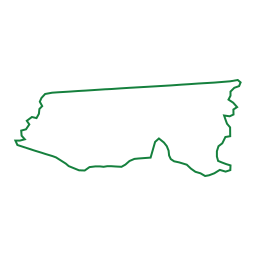 outline of Guarujá do Sul, Santa Catarina, Brazil
{"feature_id": "56859067B52966542395998", "entity_name": "Guarujá do Sul", "entity_type": "district", "adm_level": 2, "iso_a3": "BRA", "parent_name": "Brazil", "parent_adm1": "Santa Catarina", "projection": "robinson", "projection_center": [-53.479, -26.4], "detail": "fine", "context": "isolated", "style": "outline", "palette": "green", "viewbox_px": 256, "rotation_deg": 0, "n_neighbors": 0, "source": "geoboundaries", "source_scale": "gbopen_adm2", "svg_char_len": 1313}
<svg xmlns="http://www.w3.org/2000/svg" viewBox="0 0 256 256"><path d="M17.4,145.0L34.9,150.7L41.5,152.7L45.5,154.0L52.5,156.1L56.0,157.4L65.8,163.6L68.7,166.1L73.1,167.9L79.0,170.3L84.7,170.5L89.5,167.1L95.4,166.4L100.0,166.4L103.6,166.8L107.2,166.2L111.2,166.2L115.8,166.5L121.5,166.8L125.4,164.6L129.5,161.0L134.4,158.9L138.5,158.5L150.6,157.6L155.1,141.9L158.9,138.5L163.9,142.5L166.8,146.2L168.6,150.7L169.1,155.5L170.8,159.1L174.1,161.3L179.2,162.4L183.2,163.6L186.8,164.7L190.9,168.6L195.4,171.8L200.5,173.3L205.1,176.0L209.0,175.3L214.3,173.3L219.8,169.9L225.6,171.6L230.3,170.1L230.5,165.4L226.2,164.1L221.7,162.4L218.1,160.9L216.9,156.5L216.9,151.2L218.5,146.2L222.3,143.3L225.4,137.0L230.2,136.2L230.1,127.4L227.0,123.7L225.4,119.3L224.1,115.5L229.7,116.3L233.5,114.5L233.4,109.5L237.1,107.1L233.2,102.7L228.5,99.6L230.5,95.7L230.5,91.6L234.3,87.8L239.1,86.1L240.6,82.4L237.7,80.0L230.2,81.3L214.1,82.6L198.6,83.5L188.7,84.2L182.0,84.6L171.2,85.4L145.6,86.9L129.6,87.8L120.1,88.4L111.6,89.0L104.9,89.3L91.5,90.2L85.3,90.6L78.1,91.0L69.6,91.6L57.9,92.3L52.1,92.7L45.1,94.0L41.5,97.9L39.8,101.7L42.2,106.1L39.4,109.0L38.9,113.8L36.5,118.1L31.9,117.0L26.8,120.8L29.3,124.4L26.0,129.3L21.2,130.6L21.6,135.7L24.8,139.3L19.9,140.6L15.4,140.6L17.4,145.0Z" fill="none" stroke="#15803d" stroke-width="2"/></svg>